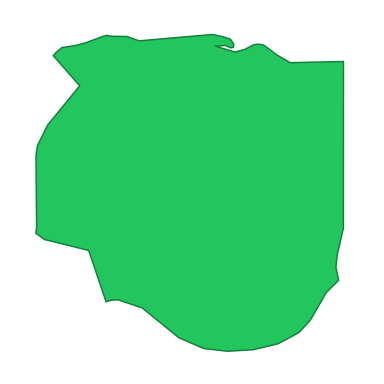 an SVG outline of Baghdad, rotated 267°
{"feature_id": "IRQ-3063", "entity_name": "Baghdad", "entity_type": "Province", "adm_level": 1, "iso_a3": "IRQ", "parent_name": "Iraq", "parent_adm1": "", "projection": "natural_earth1", "projection_center": [44.431, 33.304], "detail": "fine", "context": "isolated", "style": "filled", "palette": "green", "viewbox_px": 384, "rotation_deg": 267, "n_neighbors": 0, "source": "natural_earth", "source_scale": "10m", "svg_char_len": 793}
<svg xmlns="http://www.w3.org/2000/svg" viewBox="0 0 384 384"><g transform="rotate(267 192 192)"><path d="M314.4,350.1L147.9,341.3L122.2,333.9L109.4,331.8L96.2,333.8L84.5,320.8L57.7,303.4L46.0,291.4L36.0,270.2L31.3,245.1L31.1,219.2L35.1,195.5L47.1,171.3L78.8,136.2L88.3,112.2L88.2,105.9L86.9,100.4L139.0,85.8L152.2,42.4L159.0,33.9L164.8,35.0L236.6,38.1L246.5,40.1L266.5,51.4L303.9,85.4L335.4,60.6L338.8,64.0L343.0,69.6L344.4,83.6L346.9,94.7L352.3,112.0L352.9,115.6L352.3,117.4L351.7,120.3L350.7,135.1L345.7,147.1L347.0,183.7L348.2,220.9L345.8,230.0L342.7,238.2L337.9,241.3L334.3,241.0L334.0,237.6L336.5,233.8L336.5,222.6L329.5,242.3L331.8,252.6L335.8,261.3L336.2,266.6L334.9,271.3L328.7,279.0L325.6,282.2L316.0,296.8L314.4,350.1Z" fill="#22c55e" stroke="#15803d" stroke-width="1.5"/></g></svg>